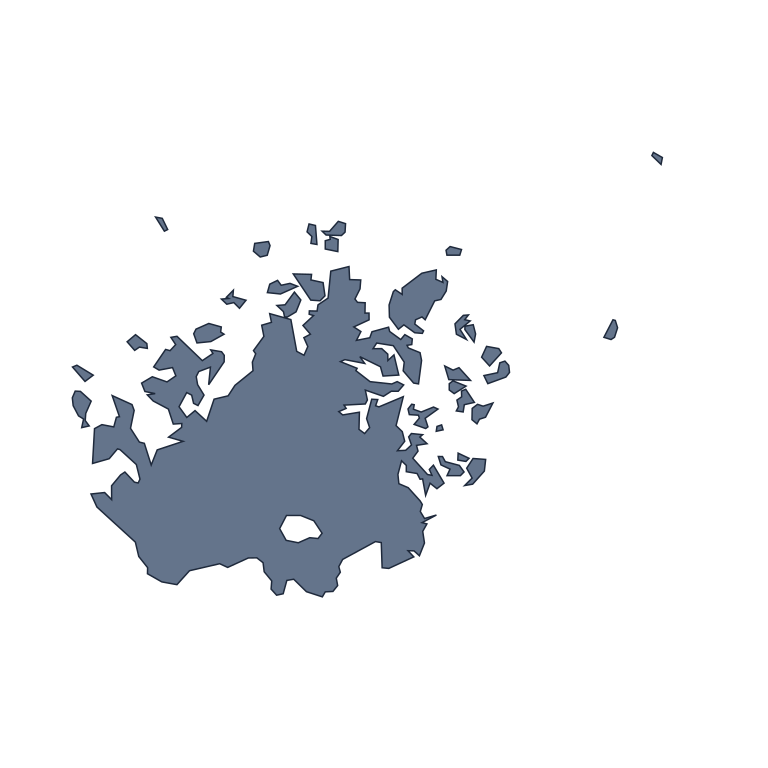 the Metropolitan City of South Jeolla, rotated 171°
{"feature_id": "KOR-2506", "entity_name": "South Jeolla", "entity_type": "Metropolitan City", "adm_level": 1, "iso_a3": "KOR", "parent_name": "South Korea", "parent_adm1": "", "projection": "albers", "projection_center": [126.652, 34.734], "detail": "fine", "context": "isolated", "style": "filled", "palette": "slate", "viewbox_px": 768, "rotation_deg": 171, "n_neighbors": 0, "source": "natural_earth", "source_scale": "10m", "svg_char_len": 6197}
<svg xmlns="http://www.w3.org/2000/svg" viewBox="0 0 768 768"><g transform="rotate(171 384 384)"><path d="M690.6,321.2L676.9,320.5L671.1,312.4L669.0,326.1L658.4,335.4L653.7,337.6L645.9,326.1L642.3,324.7L639.9,328.2L641.2,343.2L655.0,360.5L657.4,361.6L667.1,353.2L684.3,351.1L676.9,385.2L669.0,388.0L657.6,383.9L653.5,393.0L650.4,393.1L654.3,415.1L636.1,403.1L634.9,397.0L641.3,379.9L634.7,364.9L630.0,362.9L626.6,340.4L618.3,354.4L591.4,358.8L605.1,365.2L590.7,372.8L589.9,376.6L598.4,377.4L600.9,393.0L614.6,403.3L619.5,410.3L611.5,410.3L621.3,414.0L623.3,422.8L611.7,427.4L598.0,420.0L588.3,424.6L590.3,433.3L604.0,432.9L608.8,436.9L594.3,452.3L590.1,450.4L583.6,455.5L587.2,463.4L581.0,463.5L559.8,435.5L548.2,440.9L549.8,444.8L539.4,441.3L537.3,437.3L538.4,430.9L557.3,410.7L552.8,427.8L565.0,425.3L568.3,420.7L568.2,412.5L563.5,401.2L571.1,391.8L575.1,394.7L575.7,403.1L580.2,406.4L590.0,393.6L584.0,381.8L574.8,387.3L565.0,374.9L554.2,395.6L539.8,396.7L531.4,406.0L511.3,417.6L510.6,426.2L506.0,433.9L507.7,437.4L495.2,449.8L495.6,461.2L485.5,462.5L485.9,471.4L465.9,462.2L465.1,429.9L458.5,424.9L453.4,432.9L455.9,442.3L448.9,444.7L454.9,454.5L442.9,462.6L447.0,464.6L446.3,467.9L438.7,466.5L436.8,472.5L425.8,477.6L418.9,503.8L400.2,505.5L401.6,492.5L390.7,490.4L392.8,481.7L399.4,472.5L397.4,468.8L389.9,467.2L391.7,457.0L387.7,456.4L388.7,449.7L404.9,445.1L398.6,439.4L404.4,431.4L390.8,431.9L387.7,437.5L370.6,439.4L370.2,435.0L360.5,425.3L355.7,429.5L349.0,424.1L350.4,418.6L355.2,418.6L354.3,415.8L343.5,409.3L343.2,401.4L349.9,378.7L354.6,380.3L363.0,394.0L360.6,402.4L368.8,420.4L384.8,425.6L389.3,420.6L380.7,419.3L375.6,412.9L376.5,406.6L369.6,411.2L368.0,390.5L383.7,392.0L384.8,401.6L403.6,414.8L399.8,407.3L418.8,414.2L423.5,412.9L408.1,403.7L409.7,401.6L397.4,388.5L376.3,382.8L370.6,384.3L364.7,380.0L371.1,374.6L377.9,375.7L386.5,371.9L403.4,380.9L402.9,370.8L405.6,367.2L426.8,369.4L425.2,365.8L433.0,363.8L429.6,359.9L412.7,360.0L415.8,343.1L410.9,338.1L405.0,343.1L406.6,352.5L398.5,370.9L392.6,369.6L395.7,363.8L392.6,362.2L366.9,368.5L378.6,341.0L373.4,334.1L372.5,324.2L381.2,316.0L373.0,315.1L366.4,319.5L367.9,327.9L364.7,330.8L353.8,327.9L356.9,326.0L350.8,318.3L361.5,318.3L360.9,312.4L367.2,306.2L355.2,287.8L350.9,286.3L352.6,292.5L347.9,296.1L340.2,276.7L348.1,272.3L354.0,278.8L360.3,267.5L360.7,284.2L363.3,284.3L365.3,290.4L375.7,293.9L374.7,300.1L378.7,305.4L384.4,292.5L384.9,283.2L376.3,277.8L366.6,262.9L365.0,259.0L368.1,252.4L365.0,244.8L352.7,246.4L368.1,241.1L363.5,239.1L368.8,232.4L368.9,220.6L375.9,208.8L380.5,214.5L386.4,215.6L381.6,208.6L408.1,201.1L414.6,202.8L411.5,227.8L417.1,229.7L452.3,217.2L457.2,210.7L456.6,204.9L461.5,199.7L461.3,192.2L466.9,187.1L474.5,187.9L478.2,183.4L493.1,191.0L503.7,205.3L510.7,205.2L516.4,192.6L523.1,192.2L527.6,199.1L525.7,207.1L531.7,217.3L531.4,226.4L536.8,232.2L545.2,233.4L567.1,227.3L574.4,232.2L605.3,230.0L619.9,218.2L634.4,223.3L647.3,233.6L646.2,239.6L653.2,252.0L654.3,266.7L686.8,307.4L690.6,321.2ZM505.1,244.9L493.5,240.6L481.4,243.8L473.3,241.7L468.5,246.3L474.7,259.9L486.9,267.2L500.9,269.4L509.7,257.5L505.1,244.9ZM368.2,449.1L366.6,461.3L360.3,473.8L358.1,475.3L352.0,469.6L351.1,475.8L329.3,487.5L314.5,488.5L316.4,479.3L309.9,475.1L309.9,480.9L305.1,475.3L308.0,466.1L314.5,458.6L320.9,458.2L333.3,441.0L336.0,444.3L342.8,442.5L344.2,438.4L336.6,430.3L338.2,428.0L345.6,429.8L355.1,439.3L361.2,435.8L368.2,449.1ZM443.2,478.3L456.4,506.9L438.4,503.6L439.9,498.2L428.3,493.7L428.5,480.3L434.1,476.2L443.2,478.3ZM548.4,453.0L562.3,453.8L564.1,463.4L561.1,467.6L547.6,471.2L535.8,465.8L537.2,460.9L534.2,458.2L548.4,453.0ZM686.2,396.4L690.7,400.3L694.4,411.2L694.0,419.1L690.1,425.3L685.0,424.2L675.9,412.9L683.2,401.6L684.8,394.6L681.7,388.7L689.4,388.2L686.2,396.4ZM307.7,296.5L295.4,293.6L298.5,282.3L312.1,271.2L320.2,271.1L311.7,277.3L315.5,287.9L307.7,296.5ZM354.9,347.8L363.8,349.8L364.2,355.6L359.8,359.7L357.4,358.8L358.9,354.5L351.7,350.5L338.7,353.5L334.6,350.8L348.7,343.7L347.3,334.8L349.8,333.5L360.6,339.4L354.4,344.8L354.9,347.8ZM458.1,488.8L453.0,480.0L459.6,469.0L468.9,465.3L471.7,465.8L472.0,471.2L477.5,478.3L469.3,477.7L458.1,488.8ZM281.4,368.1L284.0,376.7L270.0,377.4L266.3,386.8L261.0,387.7L257.9,382.9L258.2,375.8L262.5,371.8L281.4,368.1ZM295.2,334.3L298.4,330.1L302.7,335.0L300.7,346.1L294.8,349.3L289.6,346.6L279.4,348.2L288.9,335.3L295.2,334.3ZM319.3,378.2L321.2,392.3L313.6,386.9L307.4,388.4L298.0,374.0L319.3,378.2ZM276.9,385.3L283.4,395.2L276.8,405.1L265.1,401.0L263.1,396.4L276.9,385.3ZM304.1,366.0L297.6,351.7L307.9,351.0L310.2,344.0L316.8,346.1L314.0,349.8L314.5,356.7L309.3,359.2L308.6,364.9L304.1,366.0ZM335.6,297.7L322.3,291.8L318.7,284.6L322.9,281.5L336.1,283.6L332.1,289.6L340.4,295.2L341.7,303.9L337.6,303.2L335.6,297.7ZM481.2,500.5L472.9,503.0L470.1,497.6L461.1,498.1L454.0,494.0L472.2,489.1L484.9,492.5L481.2,500.5ZM486.4,528.8L492.2,535.6L489.7,543.1L475.9,542.8L474.9,538.5L479.2,529.4L486.4,528.8ZM417.9,540.2L421.2,544.6L413.9,543.3L403.7,551.8L396.9,548.4L398.7,540.1L402.8,537.3L417.9,540.2ZM625.0,456.2L631.1,465.9L621.7,471.6L611.9,461.0L612.2,456.2L619.8,458.7L625.0,456.2ZM304.7,421.8L304.5,432.3L294.9,439.4L289.8,439.0L294.2,434.9L289.0,432.8L300.4,426.1L295.6,415.1L304.7,421.8ZM678.9,433.3L689.0,449.5L684.4,450.6L669.8,438.2L678.9,433.3ZM420.9,526.5L419.6,534.7L414.5,535.3L414.4,538.2L406.7,533.9L408.9,522.0L420.9,526.5ZM526.8,487.4L531.3,493.3L524.1,492.8L526.1,494.3L518.1,500.2L519.6,494.0L507.2,488.3L514.9,481.4L519.6,487.9L526.8,487.4ZM152.8,392.4L159.5,395.7L147.8,411.6L145.6,410.6L144.5,403.0L149.0,394.1L152.8,392.4ZM432.2,541.0L436.2,546.3L433.0,553.8L426.9,551.3L428.4,532.3L434.2,534.3L432.2,541.0ZM320.5,367.9L319.5,374.1L315.4,376.3L303.3,369.1L316.2,363.5L320.5,367.9ZM295.0,428.4L286.6,428.6L285.7,419.1L288.5,411.3L295.6,425.1L295.0,428.4ZM301.7,501.4L301.8,506.4L297.2,509.4L286.4,504.7L289.0,499.4L301.7,501.4ZM81.7,570.6L73.6,564.1L76.0,557.5L83.7,567.7L81.7,570.6ZM323.0,297.3L321.6,304.1L311.6,297.3L315.2,294.7L323.0,297.3ZM577.0,569.3L583.5,584.6L577.1,582.3L573.5,570.4L577.0,569.3ZM338.3,333.8L333.5,334.6L332.8,329.5L339.8,329.1L338.3,333.8Z" fill="#64748b" stroke="#1e293b" stroke-width="1.5"/></g></svg>